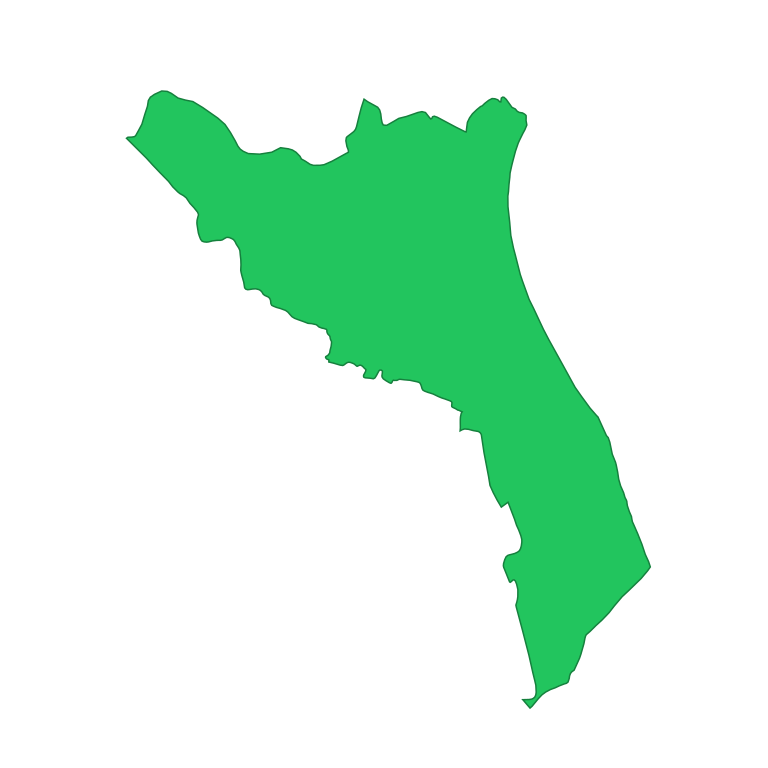 outline of Tuy Hoa, Phú Yên, Vietnam, rotated 8°
{"feature_id": "81297802B45106503001809", "entity_name": "Tuy Hoa", "entity_type": "district", "adm_level": 2, "iso_a3": "VNM", "parent_name": "Vietnam", "parent_adm1": "Phú Yên", "projection": "orthographic", "projection_center": [109.269, 13.094], "detail": "fine", "context": "isolated", "style": "filled", "palette": "green", "viewbox_px": 768, "rotation_deg": 8, "n_neighbors": 0, "source": "geoboundaries", "source_scale": "gbopen_adm2", "svg_char_len": 5568}
<svg xmlns="http://www.w3.org/2000/svg" viewBox="0 0 768 768"><g transform="rotate(8 384 384)"><path d="M673.2,528.1L670.8,523.2L666.4,516.3L661.7,506.8L655.9,496.7L651.1,488.9L649.2,485.9L648.3,483.5L647.5,480.8L644.8,476.4L642.0,470.8L641.2,468.2L640.8,466.5L640.2,465.3L638.4,462.8L637.3,460.3L636.4,458.3L632.5,452.0L629.7,445.7L627.6,438.6L625.2,431.8L624.1,429.2L619.8,421.7L615.7,410.2L613.5,405.9L611.6,404.3L611.4,404.1L600.5,386.9L598.9,385.7L591.4,379.2L588.5,376.2L581.1,368.6L573.7,360.7L554.1,334.5L552.5,332.4L541.0,317.1L534.2,307.6L521.6,288.3L515.9,280.0L506.7,262.6L503.7,256.6L496.2,238.3L493.3,231.4L488.9,219.2L485.9,206.1L482.1,191.2L480.5,180.7L480.5,176.2L480.0,169.0L479.8,161.7L479.5,157.6L480.1,149.8L480.6,145.1L481.8,135.1L483.4,126.8L484.3,123.7L486.7,116.4L488.1,112.7L489.4,107.7L489.1,106.7L488.0,103.3L487.6,99.7L487.3,98.3L485.7,97.2L483.5,96.3L480.1,96.2L478.0,95.4L475.8,93.4L472.2,92.2L465.4,85.1L462.9,83.4L461.6,83.4L460.4,84.5L460.4,88.4L459.3,88.4L457.1,86.7L454.1,86.1L451.3,86.3L448.2,88.5L444.8,92.0L442.4,95.0L441.0,95.8L437.7,99.4L434.0,104.1L431.7,108.5L430.2,113.2L430.2,117.3L430.3,122.9L429.2,122.9L419.6,119.7L399.6,112.4L396.5,111.8L394.9,112.6L394.3,114.5L393.4,115.0L391.7,113.6L387.3,109.4L383.7,109.0L379.8,110.4L368.9,116.0L361.7,118.9L357.2,122.5L350.8,127.4L349.1,127.6L347.2,127.6L345.8,125.6L344.5,122.0L343.2,117.0L341.6,113.3L339.2,110.8L328.5,106.7L324.6,104.7L323.0,113.8L322.0,122.8L321.0,132.9L320.4,135.7L319.0,138.2L315.8,141.5L313.0,144.3L312.4,145.4L312.4,148.5L314.2,153.9L316.1,157.3L316.5,159.5L314.5,160.9L301.7,170.5L294.1,175.2L290.2,176.3L283.7,177.3L280.1,176.7L275.1,174.3L270.7,172.6L270.7,172.4L269.1,170.2L264.7,166.8L260.7,165.0L256.5,164.4L248.7,164.4L240.6,170.1L228.8,173.7L217.5,174.7L212.3,173.2L209.0,171.5L206.3,168.9L202.8,163.9L196.9,156.3L190.4,149.1L182.4,143.8L166.1,135.5L155.4,130.9L148.0,130.5L140.3,129.5L133.0,125.8L128.6,124.4L123.1,124.8L116.4,129.1L112.7,132.5L111.2,136.1L111.1,141.9L109.6,150.4L108.1,160.4L105.5,167.5L103.5,172.7L102.4,173.8L99.9,174.6L96.0,175.3L94.8,176.5L117.2,193.3L124.3,199.2L133.0,206.1L142.4,213.3L147.4,218.2L153.1,222.5L155.3,223.8L159.1,225.3L162.3,227.2L166.8,232.2L171.0,235.6L175.4,239.7L176.6,241.7L176.7,242.9L176.4,244.8L176.1,247.9L176.3,250.4L176.6,251.9L177.8,255.9L179.2,260.4L180.6,263.3L182.3,266.3L184.0,267.9L186.1,268.3L188.6,268.2L190.5,267.7L194.1,266.2L198.6,265.0L202.0,264.5L203.8,263.8L205.5,262.4L207.4,260.9L208.9,260.5L210.9,260.6L213.0,261.2L214.8,261.9L216.6,263.6L218.4,266.3L221.3,269.6L222.7,271.9L223.7,276.1L224.9,280.8L225.8,286.0L226.3,291.3L226.9,293.2L228.2,296.5L230.9,302.6L232.6,308.1L233.9,309.3L235.8,309.6L237.2,309.3L240.4,308.3L243.7,307.6L246.9,307.9L248.5,308.5L250.2,309.8L252.0,312.0L253.7,312.9L257.4,314.0L258.9,315.1L260.0,317.0L260.8,320.2L261.9,321.7L263.6,322.3L266.8,323.1L270.6,323.6L276.2,324.8L278.7,326.1L281.5,328.5L283.4,330.1L283.8,330.3L286.3,331.4L289.8,332.2L295.6,333.4L300.3,334.5L304.0,334.3L308.9,334.7L309.4,335.1L311.7,336.6L314.7,337.3L316.8,337.4L319.4,337.9L320.0,338.8L320.2,340.3L321.0,341.8L321.7,342.6L323.3,343.8L323.8,344.4L324.6,346.8L325.2,347.9L326.0,349.0L326.3,350.3L326.4,353.9L325.9,358.3L325.9,360.7L325.4,361.8L324.7,363.1L323.6,364.1L322.5,365.0L322.4,365.7L322.9,366.5L323.7,367.2L324.9,367.5L325.9,367.7L326.2,368.7L326.3,369.9L331.3,370.4L337.9,371.4L340.6,371.4L341.7,370.7L342.4,370.0L344.2,368.2L345.8,367.4L347.5,367.3L350.0,367.8L351.9,368.4L353.1,369.2L354.5,370.1L355.2,370.1L356.2,369.4L357.6,368.6L359.1,368.8L360.9,369.9L362.7,371.4L364.0,372.1L364.1,373.1L363.9,374.5L362.6,378.0L362.6,379.0L363.1,380.1L364.5,380.5L369.3,380.2L372.7,380.3L373.6,379.7L374.2,379.2L375.3,376.8L377.1,371.9L377.8,370.9L378.5,370.7L379.6,370.7L380.6,371.4L380.8,373.1L380.8,376.1L381.1,377.3L382.6,379.0L385.6,380.5L389.2,382.0L390.8,382.3L391.2,382.0L391.6,381.4L392.1,379.8L392.7,378.9L393.9,379.0L396.3,378.6L398.3,377.3L399.1,377.1L403.7,377.0L409.1,376.7L416.3,377.2L418.3,377.5L419.5,378.1L420.4,379.3L421.3,381.0L422.3,383.3L423.2,384.4L423.3,384.6L425.2,385.4L428.7,386.2L430.8,386.5L434.1,387.1L439.4,388.8L443.2,389.8L446.2,390.3L451.8,391.5L453.1,392.0L453.9,393.0L454.0,395.8L454.3,397.0L455.4,397.6L458.3,398.5L460.8,399.6L461.7,399.6L465.3,400.7L464.6,402.0L464.3,405.9L464.5,408.5L465.0,412.1L465.4,414.7L465.7,416.8L465.9,419.8L467.6,418.5L470.1,417.3L474.0,417.1L478.7,417.7L484.1,417.9L486.0,418.8L487.4,420.5L492.6,438.1L500.5,461.3L503.1,469.7L507.3,476.4L512.2,483.2L517.3,489.6L523.3,483.8L528.0,492.3L532.1,499.7L534.9,505.4L537.7,509.8L540.6,515.1L542.1,518.8L542.5,521.4L542.5,525.3L542.1,528.0L541.3,530.2L539.7,531.9L537.1,533.6L534.3,534.8L531.6,535.9L530.3,536.6L528.9,538.2L528.0,541.2L527.4,545.1L527.5,547.4L528.1,549.0L529.3,551.0L535.9,562.5L536.6,562.8L537.4,562.1L539.0,560.2L540.0,559.8L541.5,560.8L543.2,563.8L545.2,569.0L546.1,575.8L546.1,578.8L545.9,581.2L545.4,584.6L546.0,586.4L555.7,609.3L565.3,632.5L571.7,649.5L574.3,656.0L576.3,661.2L577.6,668.0L577.6,670.5L577.3,671.8L576.8,673.2L575.5,674.6L574.1,675.5L571.4,676.3L565.4,677.3L573.7,684.6L575.5,682.5L577.2,679.7L580.7,674.0L583.7,669.8L586.9,666.6L589.0,665.1L591.3,663.4L595.8,661.0L599.8,658.4L604.3,655.9L606.3,655.0L607.7,653.6L608.4,649.9L608.4,647.2L608.9,644.8L610.0,642.9L612.1,640.9L615.8,628.3L616.6,624.1L618.1,613.3L618.4,607.5L618.7,605.5L619.2,604.1L622.8,599.9L627.5,593.7L632.8,587.3L638.7,579.1L642.9,571.8L649.4,561.5L654.9,554.7L665.7,540.8L671.1,532.2L673.2,528.1Z" fill="#22c55e" stroke="#15803d" stroke-width="1.5"/></g></svg>